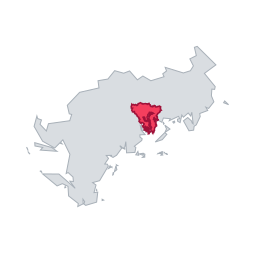 location of Yamal-Nenets within Russia, rotated 171°
{"feature_id": "RUS-2382", "entity_name": "Yamal-Nenets", "entity_type": "Autonomous Province", "adm_level": 1, "iso_a3": "RUS", "parent_name": "Russia", "parent_adm1": "", "projection": "albers", "projection_center": [74.427, 67.879], "detail": "fine", "context": "in_parent", "style": "filled", "palette": "rose", "viewbox_px": 256, "rotation_deg": 171, "n_neighbors": 0, "source": "natural_earth", "source_scale": "10m", "svg_char_len": 9266}
<svg xmlns="http://www.w3.org/2000/svg" viewBox="0 0 256 256"><g transform="rotate(171 128 128)"><path d="M220.5,144.3L216.1,154.1L215.8,151.5L212.2,149.5L214.3,145.4L209.1,137.8L205.9,144.7L184.4,144.3L181.5,150.2L183.8,151.2L184.4,159.9L170.2,170.8L150.4,172.1L150.2,179.4L140.2,179.5L132.2,186.7L123.7,182.8L117.5,184.1L111.2,174.1L105.2,177.0L98.0,171.1L84.4,173.0L85.2,176.1L81.0,178.3L81.8,182.1L64.7,173.7L57.4,174.8L53.7,179.1L56.1,186.6L49.2,188.8L49.8,197.3L46.9,197.8L31.3,176.6L44.0,170.0L35.4,155.2L36.4,152.6L39.1,153.3L40.6,146.7L39.1,140.4L45.3,134.7L47.9,136.4L46.5,132.8L54.9,131.1L54.9,128.0L60.1,120.4L62.4,119.4L63.5,115.6L68.2,115.7L72.1,126.4L67.4,129.0L64.2,125.1L63.8,122.8L63.0,121.9L62.5,133.6L64.2,130.0L66.2,133.4L71.6,130.0L72.8,132.4L75.7,125.2L77.9,126.9L77.8,129.0L75.5,129.2L76.3,131.6L86.1,128.8L84.8,130.6L91.5,132.3L93.7,128.4L100.7,133.9L99.7,125.8L104.5,120.9L105.6,121.6L104.7,125.1L106.1,133.8L103.7,138.9L100.9,138.4L104.3,140.2L107.8,132.7L109.1,132.3L110.0,135.7L112.0,136.2L110.4,132.5L106.4,131.7L106.9,127.7L105.8,125.2L107.3,121.2L108.2,125.7L110.7,126.6L111.4,126.5L108.5,123.8L110.6,122.3L114.9,123.8L114.4,127.2L115.5,128.5L115.3,123.9L112.1,118.8L117.3,119.4L117.6,117.2L115.7,115.2L116.4,113.5L124.6,109.0L123.3,107.5L125.0,102.8L133.3,103.7L132.3,114.9L134.1,109.7L136.1,108.7L138.0,111.2L138.5,111.5L138.7,111.4L137.4,109.0L143.5,102.9L147.4,101.3L149.7,103.1L148.1,103.5L153.8,104.3L152.0,101.0L156.6,96.1L154.1,95.5L153.4,93.5L164.3,80.4L171.5,79.6L168.5,76.7L171.7,69.5L167.9,69.4L170.6,59.7L181.9,58.2L183.5,59.8L182.3,62.0L183.6,64.7L184.2,60.1L189.9,58.3L188.9,61.2L197.3,70.2L196.4,79.8L201.5,83.3L207.1,81.9L219.5,96.0L203.4,93.3L189.6,76.7L193.8,84.6L190.3,83.7L190.0,88.2L194.1,93.4L196.2,92.7L189.5,111.1L194.2,126.5L203.5,119.7L214.4,128.3L220.5,144.3ZM103.3,109.9L92.4,117.7L90.6,115.7L96.0,111.1L103.3,109.9ZM201.8,116.1L218.0,119.9L215.2,122.1L222.7,124.8L222.4,128.1L206.3,120.6L201.8,116.1ZM86.7,120.4L92.2,117.9L90.1,121.1L91.2,125.1L86.7,120.4ZM145.8,92.6L145.5,88.6L148.3,86.9L145.8,92.6ZM117.6,98.8L121.2,100.7L117.1,100.7L117.6,98.8ZM116.0,96.6L118.4,96.7L115.7,98.6L116.0,96.6ZM121.7,99.4L124.5,100.3L121.9,103.3L121.7,99.4ZM149.4,86.7L149.4,84.9L150.7,83.5L149.4,86.7ZM25.0,135.3L29.6,138.0L28.3,139.6L25.0,135.3ZM94.6,96.8L96.0,96.9L93.2,96.8L94.6,96.8ZM151.1,91.9L153.6,91.0L151.6,93.6L151.1,91.9ZM82.9,127.0L81.1,127.6L80.8,126.5L82.0,125.6L82.9,127.0ZM97.2,97.0L98.5,96.8L98.9,97.5L97.2,97.0ZM101.1,97.9L100.3,98.9L99.5,98.3L99.9,97.7L101.1,97.9ZM102.2,98.4L101.2,98.0L102.7,97.9L102.2,98.4ZM92.3,126.2L92.4,128.5L91.6,126.6L92.3,126.2ZM117.2,99.5L116.5,100.3L115.7,99.7L117.2,99.5ZM98.3,95.9L99.7,96.0L99.0,96.6L98.3,95.9ZM164.9,60.4L164.7,61.7L163.3,60.6L164.9,60.4ZM93.8,95.8L94.5,96.4L92.8,95.7L93.8,95.8ZM104.7,120.1L103.2,120.3L104.7,120.0L104.7,120.1ZM134.5,107.6L135.7,108.4L134.4,108.3L134.5,107.6ZM168.6,70.5L169.1,71.6L168.6,72.1L168.6,70.5ZM98.9,98.9L98.3,98.3L99.3,98.9L98.9,98.9ZM99.3,96.7L99.5,97.6L98.8,96.9L99.3,96.7ZM228.9,117.5L229.7,118.5L230.6,120.6L228.9,117.5ZM97.7,98.5L98.0,99.3L97.4,99.1L97.7,98.5ZM110.5,122.1L109.4,122.7L109.2,122.6L110.5,122.1ZM199.8,78.9L199.2,80.2L198.8,78.9L199.8,78.9ZM150.0,91.5L150.7,92.3L149.9,92.2L150.0,91.5ZM195.5,122.6L196.9,123.2L196.2,123.7L195.5,122.6ZM219.8,97.3L221.4,99.1L220.7,99.3L219.8,97.3ZM96.6,98.3L95.9,98.3L95.8,98.1L96.6,98.3ZM111.0,120.3L110.9,121.3L110.6,121.0L111.0,120.3ZM144.9,92.6L145.1,93.4L144.1,92.5L144.9,92.6ZM230.7,124.1L230.2,121.2L231.0,124.3L230.7,124.1Z" fill="#d9dde1" stroke="#a8b0b8" stroke-width="1"/><path d="M97.5,130.8L99.4,132.2L99.3,132.4L99.5,132.7L100.4,133.6L100.5,133.9L100.4,134.1L100.5,134.3L100.9,134.0L100.8,133.8L101.5,132.4L101.3,132.3L101.6,132.2L101.1,132.2L100.9,132.0L100.5,131.0L100.7,130.4L100.4,130.4L99.6,129.8L99.4,130.0L99.5,130.3L99.4,130.1L99.4,129.6L99.6,128.9L99.8,129.0L100.1,128.7L99.9,128.3L100.1,127.8L100.1,127.5L100.3,126.8L100.1,126.5L99.7,126.7L99.6,126.4L100.0,125.8L99.8,126.0L99.7,125.8L100.1,125.2L100.7,124.9L101.5,124.3L101.5,124.1L101.9,123.2L102.2,122.0L102.2,121.8L102.4,121.5L102.3,121.4L102.7,120.7L103.1,120.7L102.9,120.9L104.6,120.9L105.0,121.1L104.8,121.2L105.1,121.1L105.7,121.5L105.6,121.8L105.7,122.1L105.6,122.4L105.7,122.8L105.3,123.8L105.2,123.9L105.1,124.4L104.6,125.0L104.9,125.6L105.4,126.1L105.3,126.4L105.5,126.9L105.4,127.6L105.4,128.1L105.1,128.5L105.3,128.9L105.1,129.2L105.3,129.8L105.1,130.4L105.2,131.0L105.2,131.4L105.0,131.7L105.1,132.4L106.1,133.5L106.2,133.8L105.6,134.5L105.6,134.9L105.7,135.3L105.7,135.6L105.6,136.1L105.0,136.2L104.8,136.7L104.8,136.9L104.8,137.1L104.4,137.1L104.6,137.6L104.5,137.4L104.2,137.6L104.3,137.9L104.0,138.2L103.5,138.1L103.7,138.3L103.8,139.0L103.3,139.0L102.7,139.3L102.3,139.0L102.8,138.8L102.8,138.6L102.3,138.8L101.9,138.3L101.5,138.5L101.3,138.3L100.8,138.4L101.0,138.5L100.9,138.9L102.3,139.8L103.6,139.9L104.2,140.2L104.6,140.1L104.7,139.5L104.6,139.4L106.3,138.2L106.5,137.8L106.4,137.2L107.4,136.0L107.5,135.3L107.4,134.7L106.9,134.1L107.1,133.7L107.0,133.4L107.1,133.1L108.8,132.3L109.3,132.3L109.4,132.6L109.4,132.9L110.1,133.6L110.0,133.8L110.1,134.0L109.9,134.3L110.2,134.4L110.0,135.1L110.2,135.4L109.9,135.6L110.0,135.8L110.6,136.2L110.6,136.4L112.1,136.2L111.8,136.1L111.6,136.2L111.4,135.9L111.4,136.1L110.8,136.0L110.9,135.9L110.7,135.7L110.4,135.8L110.3,135.4L110.5,135.2L110.3,135.1L110.4,134.7L111.0,134.3L110.8,133.9L110.7,133.6L110.4,132.4L108.7,131.6L108.1,131.5L107.7,132.0L107.4,132.0L106.9,131.8L106.5,132.0L106.4,131.8L106.5,131.1L106.1,130.1L106.4,129.1L106.3,128.9L106.9,127.9L106.9,127.4L106.6,126.9L106.5,126.6L106.2,125.7L105.7,125.2L106.2,124.5L106.2,124.1L107.5,123.2L107.6,122.6L107.6,121.9L107.3,121.2L107.5,121.0L108.0,121.4L107.8,121.6L108.1,121.9L108.0,122.1L108.2,122.7L108.0,123.1L107.9,123.6L107.8,124.2L108.0,124.5L107.9,124.7L108.0,124.9L107.8,125.2L107.8,125.4L108.6,125.9L109.3,125.9L109.4,126.2L109.4,125.9L110.2,126.0L110.3,126.5L110.8,126.7L111.4,126.5L111.4,126.3L110.8,126.6L110.9,126.1L110.6,126.1L110.6,125.6L110.3,125.6L110.3,125.3L110.1,125.6L109.8,125.4L109.9,125.5L108.7,124.8L108.4,123.8L109.2,123.4L109.9,124.0L110.3,123.8L110.4,123.5L110.2,123.2L109.7,123.2L109.7,122.9L109.9,123.0L110.3,122.4L110.6,122.4L110.6,122.5L110.8,122.7L110.7,122.9L111.0,123.1L111.7,123.2L112.3,123.6L112.1,123.8L112.2,124.0L112.2,124.3L111.5,124.5L111.6,124.9L111.4,125.1L111.5,125.4L112.2,125.9L112.8,126.0L112.8,126.6L113.0,126.8L112.9,127.0L113.1,127.2L113.0,127.6L113.2,127.8L112.6,127.9L112.2,128.3L112.0,128.8L111.8,128.8L111.9,129.0L111.4,129.6L111.7,130.0L112.1,130.2L112.6,131.0L113.5,131.1L113.7,131.3L114.3,131.1L114.4,130.5L114.7,130.8L114.5,131.1L115.2,131.3L115.3,131.4L115.2,131.6L115.4,131.8L115.5,132.2L116.0,132.6L115.5,133.0L115.8,133.7L115.7,134.1L115.6,134.8L114.9,134.9L115.4,135.5L115.5,135.8L115.8,136.0L115.7,136.3L115.8,136.5L115.6,136.8L116.9,137.9L117.1,138.3L116.9,138.5L117.0,138.9L117.6,139.6L117.4,140.0L117.7,140.5L118.4,140.7L118.7,140.9L118.6,141.2L119.0,141.4L119.2,142.0L119.0,142.6L119.1,142.9L119.1,143.2L119.8,143.0L119.9,143.3L120.2,143.4L120.6,143.1L121.0,143.2L121.0,143.6L121.2,144.1L121.5,144.6L121.5,145.2L121.1,145.7L120.9,146.6L120.6,146.8L121.0,146.9L121.2,147.4L121.5,147.3L121.4,147.9L121.6,148.1L121.6,148.5L121.3,149.0L120.5,150.9L120.2,150.4L119.9,150.4L119.5,150.0L118.9,150.4L118.1,149.9L118.0,149.6L117.2,149.6L116.8,150.0L116.2,149.6L115.8,148.8L115.1,149.0L115.1,149.3L114.3,149.9L114.2,150.5L112.8,150.6L111.9,151.1L110.6,150.2L110.4,149.7L110.0,149.5L109.5,149.8L108.9,149.3L107.1,149.5L106.8,149.2L105.6,149.0L105.3,148.4L104.7,148.8L104.1,148.7L103.8,149.0L103.3,149.0L103.3,147.9L103.1,147.6L102.5,147.5L102.2,146.9L102.1,146.6L102.4,146.3L102.4,146.1L101.9,145.6L101.5,145.6L100.6,145.1L100.1,145.2L100.2,145.5L100.1,145.8L99.5,145.5L98.6,146.2L97.5,145.5L97.5,145.2L97.7,144.8L97.4,144.5L95.9,144.3L95.5,144.6L94.8,144.5L93.5,144.8L93.3,144.6L93.4,144.2L93.2,144.0L92.7,144.1L92.4,143.8L92.8,143.3L92.8,143.0L92.7,142.8L92.9,142.4L93.1,141.7L92.7,141.5L92.6,140.6L92.4,140.3L93.4,140.1L93.6,139.5L93.9,139.0L94.1,139.1L94.1,138.9L94.4,138.5L96.5,137.6L96.5,137.2L96.7,136.9L97.9,136.0L97.8,135.8L97.6,135.8L97.6,135.5L98.0,135.5L97.9,135.1L98.0,134.8L97.3,134.7L97.2,134.4L97.3,133.8L97.8,132.9L97.6,132.6L97.6,132.1L96.8,131.7L96.8,131.4L97.5,130.8ZM104.7,120.0L104.7,120.5L104.5,120.1L103.2,120.4L103.4,119.9L103.3,119.4L103.8,119.2L104.4,119.3L104.3,119.7L104.2,119.8L104.4,119.9L104.5,119.6L104.7,120.0ZM109.8,121.7L110.5,122.1L110.0,122.6L109.2,122.6L109.8,121.7ZM102.1,139.2L101.8,139.4L101.4,139.0L101.3,138.5L101.0,138.4L102.0,138.7L102.0,139.0L102.1,139.2ZM106.8,120.4L107.4,120.4L107.5,120.5L107.3,120.5L107.2,121.1L106.7,120.6L106.8,120.4ZM108.4,119.1L108.2,119.3L107.9,119.4L108.0,119.2L107.8,119.5L108.0,119.1L108.4,119.1ZM99.9,130.2L99.8,130.6L99.6,130.4L99.7,130.2L99.9,130.2ZM108.9,120.1L108.9,120.3L108.5,120.1L108.9,120.1ZM99.5,127.3L99.4,127.1L99.4,126.6L99.5,126.7L99.5,127.3ZM104.4,119.4L104.5,119.7L104.3,119.8L104.4,119.4ZM108.5,119.1L109.0,119.4L108.4,119.2L108.5,119.1ZM99.5,130.5L99.8,130.6L99.6,130.8L99.5,130.5ZM99.7,126.0L99.5,126.5L99.7,126.0ZM99.6,127.3L99.7,127.8L99.6,127.7L99.6,127.3Z" fill="#f43f5e" stroke="#9f1239" stroke-width="1.5"/></g></svg>